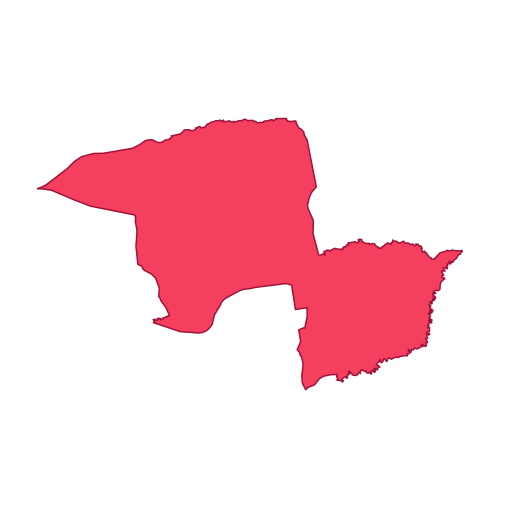 Sida, Nakhon Ratchasima, Thailand (Robinson projection), rotated 260°
{"feature_id": "78962969B50986245619578", "entity_name": "Sida", "entity_type": "district", "adm_level": 2, "iso_a3": "THA", "parent_name": "Thailand", "parent_adm1": "Nakhon Ratchasima", "projection": "robinson", "projection_center": [102.538, 15.566], "detail": "fine", "context": "isolated", "style": "filled", "palette": "rose", "viewbox_px": 512, "rotation_deg": 260, "n_neighbors": 0, "source": "geoboundaries", "source_scale": "gbopen_adm2", "svg_char_len": 6163}
<svg xmlns="http://www.w3.org/2000/svg" viewBox="0 0 512 512"><g transform="rotate(260 256 256)"><path d="M194.8,167.9L190.2,185.8L189.9,190.3L191.2,194.7L192.9,197.3L196.0,200.8L205.3,204.9L213.0,211.7L217.1,214.6L219.6,218.4L224.7,233.9L225.4,238.9L224.9,244.3L225.2,249.7L223.7,280.0L223.2,281.7L221.3,286.0L196.5,285.6L196.2,297.3L187.2,295.8L178.4,292.2L176.8,292.2L176.9,289.7L175.8,285.3L164.0,285.1L156.5,280.3L153.4,282.2L150.8,282.3L148.3,283.4L143.3,283.6L140.0,283.4L130.7,280.4L124.2,279.7L121.6,279.9L115.9,281.7L117.6,284.8L119.0,291.4L124.1,297.0L125.8,301.4L126.0,304.2L126.1,309.2L125.2,315.3L123.0,314.4L121.7,315.3L120.6,315.1L119.9,314.1L118.3,318.3L117.0,319.1L117.3,319.9L118.0,320.2L119.7,319.1L120.6,320.3L121.6,323.8L119.9,324.1L120.1,324.9L122.8,325.2L123.2,327.2L123.8,327.7L125.4,326.7L126.1,326.8L126.3,327.4L125.6,328.6L124.2,329.0L123.6,329.9L122.2,330.1L121.0,333.2L121.6,335.7L123.5,336.9L122.4,338.3L125.0,339.0L125.6,340.4L124.9,340.6L124.7,341.8L123.6,342.7L123.8,343.9L121.7,344.7L121.2,346.1L121.9,347.4L121.7,347.9L120.2,348.2L119.8,348.9L120.1,349.4L121.4,349.3L122.6,349.8L122.2,351.1L121.0,352.3L121.4,353.4L122.9,354.0L123.7,351.9L124.5,352.9L124.7,354.1L123.0,355.7L124.8,356.8L125.2,358.5L127.0,357.5L127.6,356.0L128.3,355.9L130.0,357.4L130.5,359.6L131.8,359.4L132.3,359.9L132.2,360.4L129.7,360.6L129.1,361.1L130.0,362.6L132.1,363.5L132.5,364.6L129.5,366.3L129.6,366.8L132.4,368.2L132.6,369.2L130.9,371.3L131.7,374.0L132.0,376.7L131.2,378.4L132.0,380.0L132.1,384.8L131.4,387.3L131.8,387.9L133.6,388.2L133.2,389.8L134.2,391.0L136.8,389.5L137.4,390.1L137.3,390.6L134.9,392.2L136.9,393.2L136.3,395.0L137.5,395.6L137.7,396.3L136.5,398.5L138.0,403.4L138.4,403.7L139.4,403.2L140.3,403.8L139.7,404.9L138.1,405.0L138.5,406.3L137.6,406.9L137.8,408.0L138.6,408.4L140.9,407.9L141.2,408.5L140.9,409.4L141.4,410.0L144.9,408.6L145.2,410.7L147.6,410.3L148.5,410.7L148.3,412.5L148.9,413.5L149.4,413.3L149.6,411.1L150.3,410.3L151.8,412.1L151.2,413.0L151.5,413.6L155.5,414.4L155.7,413.0L156.6,413.4L157.2,412.9L157.9,414.3L159.3,413.9L160.5,415.5L159.6,416.6L159.9,417.5L161.1,417.0L161.2,415.4L161.9,415.0L162.3,416.3L161.8,417.4L162.3,418.2L163.4,417.1L162.8,416.3L163.0,415.6L164.0,416.5L164.6,415.6L165.9,417.0L167.2,417.2L169.4,415.7L170.1,416.7L169.1,417.0L168.9,418.0L171.1,417.9L169.7,419.3L171.3,420.6L171.5,419.2L172.1,418.5L173.0,420.0L173.9,418.1L174.6,418.6L175.4,418.3L176.3,419.4L176.8,418.1L177.6,418.0L178.4,418.8L178.6,420.7L179.6,419.6L180.5,419.6L180.7,420.6L179.9,421.3L181.5,422.1L181.3,423.0L181.8,424.0L182.7,422.5L183.5,422.8L183.8,424.4L183.0,425.0L183.5,425.6L185.2,425.1L185.9,423.5L187.0,424.3L188.2,423.3L188.7,424.5L187.9,426.3L188.6,426.4L189.9,424.6L190.6,425.3L191.0,427.5L190.3,429.1L191.0,431.2L196.7,432.7L199.3,434.9L200.8,437.9L201.4,437.8L203.0,435.4L204.3,436.2L204.6,437.4L208.2,436.1L208.9,436.3L208.5,439.4L211.6,438.3L211.3,440.5L210.3,441.6L210.4,442.2L211.1,442.5L212.6,441.8L213.3,443.2L214.7,442.8L215.2,444.0L214.5,445.7L214.7,446.6L215.8,446.6L216.5,445.3L217.1,445.3L217.0,446.3L215.8,447.8L215.8,449.0L217.5,450.1L219.1,453.3L222.0,455.3L222.4,457.7L223.7,458.2L224.7,459.9L225.3,460.0L225.8,459.6L225.6,457.6L226.8,452.3L227.9,450.4L227.4,449.2L227.3,446.9L228.4,445.6L227.5,442.6L227.3,438.0L223.3,432.6L222.1,432.2L222.6,431.3L222.1,430.7L222.2,428.8L224.0,427.9L224.6,426.5L227.0,425.4L227.6,424.5L229.3,424.7L230.2,422.8L231.4,423.0L231.2,420.4L234.0,420.5L234.6,420.1L234.8,420.8L235.3,420.8L237.3,420.0L237.2,418.7L239.5,417.5L239.9,415.7L238.8,415.5L238.8,413.6L239.7,413.4L240.7,412.1L240.3,410.1L241.8,409.0L242.7,406.8L242.4,406.0L242.8,405.1L244.9,404.0L243.9,400.2L243.9,398.8L245.0,398.3L245.2,397.4L246.5,396.3L246.5,394.1L247.7,393.6L245.5,392.4L245.6,391.5L244.2,391.1L244.5,389.8L245.9,388.7L245.9,387.7L244.4,384.3L243.1,382.5L243.1,381.6L241.8,380.8L241.8,380.3L242.5,379.5L242.1,378.2L243.4,378.1L243.8,377.1L246.1,375.1L247.4,374.9L247.4,373.9L248.2,372.4L247.5,370.3L248.9,369.5L249.3,366.0L251.1,364.0L251.4,363.1L254.1,362.8L254.1,361.3L254.6,360.5L254.1,359.4L252.4,360.1L251.5,357.7L252.0,356.7L252.8,356.3L252.7,351.1L253.1,349.3L251.9,348.7L250.6,349.1L251.1,346.9L249.3,346.0L249.8,344.3L248.9,343.8L248.8,342.7L247.8,342.5L247.1,341.8L248.1,340.6L248.5,337.8L249.8,335.2L249.0,331.5L248.0,329.7L249.3,328.2L249.5,326.9L248.4,325.0L248.7,323.7L245.1,324.3L245.2,323.6L246.6,322.9L245.3,318.7L246.3,317.9L268.1,316.0L279.7,318.4L282.1,318.4L292.7,315.7L296.6,315.4L303.6,318.3L307.0,320.3L309.1,321.9L313.6,327.4L361.1,326.5L367.3,324.5L369.6,324.6L373.0,322.5L374.9,320.3L379.8,318.7L382.1,318.6L382.5,312.4L383.1,312.0L383.1,310.5L386.2,309.6L387.8,299.5L386.1,297.0L387.1,296.1L387.6,294.1L387.1,291.3L387.4,287.8L387.1,286.9L386.2,286.6L386.9,283.5L386.6,282.0L387.3,280.0L388.7,279.1L388.9,277.4L389.6,277.0L390.3,275.6L390.8,271.3L392.5,269.2L392.6,267.3L391.5,265.3L392.2,263.8L391.7,258.3L392.3,257.4L391.7,257.3L392.7,254.0L393.6,253.7L393.8,247.9L395.3,247.5L394.3,246.0L395.5,245.2L396.1,243.5L395.7,242.9L396.1,239.8L395.6,237.3L395.6,235.1L394.2,231.9L394.5,231.4L392.9,229.2L392.0,228.9L391.7,227.9L392.0,227.4L391.6,224.3L393.2,223.3L393.3,222.3L393.2,221.5L392.3,220.8L392.6,219.0L390.9,218.2L390.5,215.7L390.8,213.3L391.7,212.7L392.0,211.6L392.6,207.1L391.1,205.9L390.5,204.5L389.4,203.3L388.9,193.5L387.2,193.4L386.9,191.7L386.3,191.5L385.9,189.8L386.0,186.9L384.3,182.8L384.8,179.0L388.7,173.7L389.0,169.2L388.7,166.6L385.9,160.9L383.5,152.8L383.7,123.1L385.2,114.0L384.1,101.6L380.7,93.7L374.9,85.4L362.4,61.4L361.0,56.5L360.2,52.0L359.4,56.7L356.3,66.0L342.2,87.7L333.7,102.0L317.4,143.8L314.1,144.0L311.6,143.2L303.1,143.3L299.2,142.7L286.5,139.5L268.5,138.2L266.9,139.9L265.9,141.8L262.9,142.4L261.2,143.6L256.3,150.0L251.8,153.3L241.4,155.2L233.0,153.2L230.5,154.3L228.7,154.5L221.0,158.3L212.5,160.5L212.3,159.2L211.6,158.9L212.0,156.9L211.2,156.1L211.4,153.9L210.3,153.6L209.4,151.6L209.7,151.2L211.0,151.4L210.8,150.1L211.5,149.7L211.1,149.1L211.4,148.3L210.6,148.6L209.8,147.3L211.2,145.6L211.1,143.9L210.1,144.1L210.2,144.8L209.2,145.0L208.1,143.6L194.8,167.9Z" fill="#f43f5e" stroke="#9f1239" stroke-width="1.5"/></g></svg>